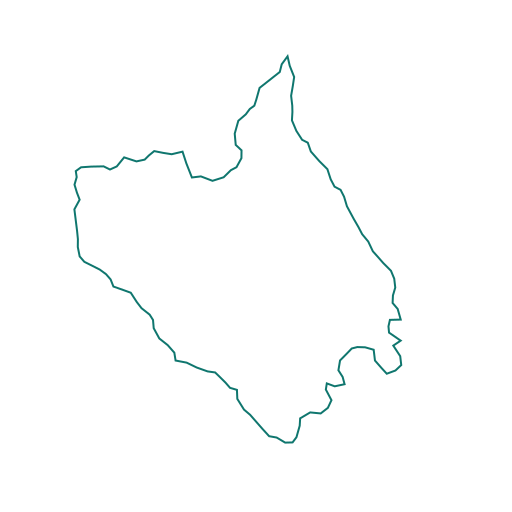 Aparecida d'Oeste, São Paulo, Brazil (Robinson projection), rotated 324°
{"feature_id": "56859067B28943680298360", "entity_name": "Aparecida d'Oeste", "entity_type": "district", "adm_level": 2, "iso_a3": "BRA", "parent_name": "Brazil", "parent_adm1": "São Paulo", "projection": "robinson", "projection_center": [-50.917, -20.479], "detail": "fine", "context": "isolated", "style": "outline", "palette": "teal", "viewbox_px": 512, "rotation_deg": 324, "n_neighbors": 0, "source": "geoboundaries", "source_scale": "gbopen_adm2", "svg_char_len": 1826}
<svg xmlns="http://www.w3.org/2000/svg" viewBox="0 0 512 512"><g transform="rotate(324 256 256)"><path d="M389.5,116.0L383.4,121.1L357.7,122.1L348.1,129.7L343.0,133.4L337.4,133.4L331.0,135.4L321.2,136.2L310.7,144.5L304.9,154.2L306.4,162.0L301.7,168.3L292.4,172.7L286.1,171.8L276.1,173.3L265.0,169.6L258.2,159.2L250.3,154.8L254.1,140.1L257.9,128.4L247.6,124.1L241.5,118.0L235.3,111.3L228.4,111.7L222.6,112.6L214.9,109.2L207.3,98.7L196.0,101.7L188.7,100.2L185.4,93.9L175.2,86.8L166.6,81.4L160.1,81.4L157.3,86.8L151.1,91.6L148.4,99.4L146.4,106.8L136.5,111.5L125.9,130.7L121.8,137.7L117.1,144.0L113.1,152.7L113.7,159.8L121.6,175.1L124.0,182.6L124.6,189.5L122.7,196.9L128.7,205.6L133.1,212.1L132.5,223.1L132.7,230.9L135.5,241.0L135.1,247.2L130.8,254.3L129.3,265.9L132.2,276.3L133.1,286.2L129.5,293.3L137.2,301.5L142.5,311.4L149.0,320.9L154.5,326.2L155.7,333.1L156.9,340.6L157.5,347.4L161.9,353.1L156.9,360.6L156.0,373.2L157.9,381.0L158.9,392.1L159.6,399.7L160.7,409.5L166.0,415.0L169.9,424.1L176.0,428.3L182.2,426.4L191.6,419.0L196.3,413.3L207.9,414.4L215.8,421.4L224.9,421.1L232.3,417.0L234.0,405.1L238.4,400.7L243.1,407.7L252.3,411.8L255.0,404.8L255.5,396.9L262.6,389.9L271.8,388.4L279.1,387.1L284.4,389.2L290.6,394.0L296.1,401.0L290.8,410.5L291.7,420.3L292.6,428.1L301.5,430.6L309.4,429.6L313.8,421.8L314.4,409.2L323.3,409.5L318.6,396.2L321.8,390.8L326.8,386.4L335.7,392.5L339.5,382.1L338.9,374.3L343.6,368.4L350.1,363.4L354.5,355.6L356.5,347.3L354.8,336.4L354.1,328.6L353.3,320.9L355.3,310.3L354.7,300.8L355.9,292.7L356.9,283.2L358.8,269.2L362.1,259.8L363.3,252.2L360.3,246.1L361.5,237.9L364.8,227.7L363.0,216.5L361.8,203.7L364.5,194.8L361.6,189.1L362.2,178.5L364.8,167.4L370.1,160.9L373.7,155.7L378.6,147.0L385.7,140.1L392.1,133.6L395.1,121.9L398.9,113.0L389.5,116.0Z" fill="none" stroke="#0f766e" stroke-width="2"/></g></svg>